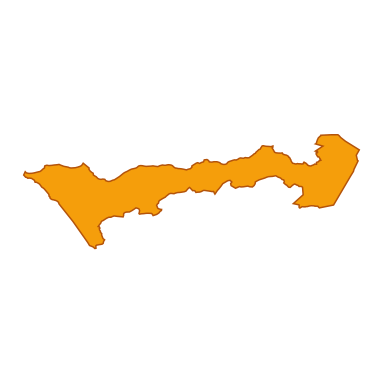 San Miguel Amatlán, Oaxaca, Mexico (Equal Earth projection), rotated 89°
{"feature_id": "50627088B29039475897325", "entity_name": "San Miguel Amatlán", "entity_type": "district", "adm_level": 2, "iso_a3": "MEX", "parent_name": "Mexico", "parent_adm1": "Oaxaca", "projection": "equal_earth", "projection_center": [-96.46, 17.2], "detail": "fine", "context": "isolated", "style": "filled", "palette": "amber", "viewbox_px": 384, "rotation_deg": 89, "n_neighbors": 0, "source": "geoboundaries", "source_scale": "gbopen_adm2", "svg_char_len": 5910}
<svg xmlns="http://www.w3.org/2000/svg" viewBox="0 0 384 384"><g transform="rotate(89 192 192)"><path d="M246.8,290.1L246.6,289.0L244.1,289.1L243.5,288.4L243.0,285.6L242.8,283.9L242.5,282.6L241.8,281.7L240.4,281.4L239.2,280.9L238.3,280.2L237.0,281.8L233.5,283.1L232.0,283.0L230.6,284.3L229.6,284.2L228.7,285.0L227.0,285.3L226.5,284.7L225.2,285.3L224.9,286.4L223.1,285.1L221.4,283.7L220.4,283.4L219.4,282.5L218.9,281.2L217.9,279.7L216.8,277.9L215.8,275.7L215.8,273.4L215.3,272.4L214.6,270.4L215.1,266.9L215.4,264.1L215.7,261.3L214.3,260.8L212.3,260.7L211.3,259.4L210.9,257.7L210.9,255.0L210.2,253.6L209.5,252.3L208.0,249.9L206.9,248.3L207.8,245.5L209.5,244.7L211.1,245.0L212.7,245.4L213.2,244.8L212.9,242.9L212.8,240.6L212.5,238.1L212.5,236.2L212.7,233.0L213.3,232.2L214.9,231.3L213.8,227.7L212.4,225.5L210.8,224.2L210.0,222.9L208.9,222.7L208.8,223.7L208.3,225.3L207.8,226.4L204.8,227.6L203.4,226.8L202.6,225.7L200.9,225.4L199.9,224.6L197.9,221.2L196.7,218.8L195.7,217.8L193.4,214.8L193.0,213.2L193.4,210.0L192.8,208.5L192.3,206.4L192.2,204.0L191.8,201.0L191.6,199.7L191.0,198.0L189.8,197.0L188.9,196.2L188.1,195.4L187.4,194.3L188.9,192.9L190.7,191.3L190.6,189.9L191.0,189.0L192.5,188.1L192.3,186.5L192.2,184.3L191.7,182.6L190.7,180.8L190.6,179.5L191.4,174.6L192.0,171.7L191.7,170.8L192.1,170.2L193.1,169.9L194.5,169.1L193.4,168.3L191.8,167.2L190.8,166.5L189.6,165.3L188.5,164.4L186.8,163.0L184.2,161.1L181.3,156.0L181.0,153.7L182.7,152.0L184.2,153.2L186.3,152.8L189.0,148.4L188.2,146.4L187.4,144.5L187.8,142.9L187.7,140.7L187.1,136.1L187.8,134.1L188.0,131.5L186.6,129.8L184.8,128.7L183.1,128.5L182.2,127.0L181.1,124.8L180.6,123.3L179.9,120.9L179.2,118.7L178.5,117.0L178.0,115.3L177.9,113.4L177.8,111.3L177.2,107.9L178.6,105.7L179.5,103.3L181.1,101.7L181.5,100.1L181.9,100.0L182.7,99.6L183.4,99.5L184.5,100.1L186.3,98.2L186.6,97.4L188.8,95.4L189.0,94.8L189.1,93.7L188.6,93.2L188.1,92.5L187.5,92.0L187.1,91.4L186.2,90.2L185.8,89.1L187.0,86.9L187.1,86.1L188.3,84.9L188.4,82.6L188.7,82.0L189.2,81.4L196.7,80.9L205.4,90.9L206.6,85.7L207.0,85.0L207.4,85.1L208.2,85.2L208.7,85.2L209.4,85.1L210.0,84.6L210.2,84.9L208.6,82.2L208.8,80.4L208.8,78.9L208.6,78.3L208.6,77.1L208.0,74.6L207.8,73.0L207.9,71.6L208.0,70.0L208.3,69.5L208.4,66.9L208.7,66.1L209.3,65.8L210.1,64.9L207.5,50.7L178.9,33.2L174.2,30.2L172.3,29.7L163.8,25.4L163.4,26.0L158.1,27.1L152.8,24.0L144.0,37.6L140.1,42.4L138.4,43.8L137.3,45.1L137.2,51.8L137.5,62.2L138.1,62.3L138.7,63.3L139.1,63.6L139.5,64.1L139.8,64.5L140.4,64.9L140.9,65.1L141.6,65.5L142.3,65.8L142.9,66.0L143.7,66.3L144.6,66.6L145.2,66.8L145.9,67.2L146.1,67.6L148.4,60.3L153.2,67.8L153.6,65.8L154.4,65.7L154.8,65.8L155.0,65.9L155.0,66.2L154.9,66.5L154.8,66.9L154.8,67.1L155.9,67.2L156.3,67.2L159.0,65.7L159.0,64.7L161.4,63.1L161.8,63.3L162.1,63.0L162.5,62.6L162.7,63.0L162.7,64.1L162.8,64.2L163.1,64.3L163.4,64.5L163.5,64.6L163.6,64.8L163.8,64.9L164.0,65.2L164.1,65.4L164.2,65.7L164.2,66.1L164.4,66.5L164.5,66.8L164.6,67.0L166.4,67.0L166.2,68.8L166.6,69.4L166.8,69.6L167.1,70.2L167.2,70.5L167.3,71.0L167.5,71.4L167.5,71.6L167.7,71.8L167.8,72.0L167.9,72.3L168.0,72.6L168.0,73.2L167.8,74.7L167.7,74.9L167.5,75.1L167.4,75.3L167.2,75.6L167.2,75.9L166.6,76.2L166.4,76.5L166.1,76.6L165.5,77.4L165.1,77.7L165.1,77.8L165.0,78.2L164.9,78.2L164.9,78.5L164.6,79.0L164.2,79.2L164.1,79.5L164.9,80.1L165.8,80.4L165.9,81.8L165.7,83.1L165.7,84.4L165.6,85.3L165.4,86.1L165.7,87.1L165.8,87.6L165.7,88.2L165.5,89.0L165.3,89.5L165.0,90.9L164.3,91.4L162.9,92.3L161.6,92.6L160.8,93.2L159.9,93.4L159.5,93.8L158.9,94.7L158.3,94.7L157.7,95.4L157.2,96.2L156.8,96.9L156.7,97.5L156.4,98.6L156.2,99.1L156.0,100.1L154.5,101.1L154.7,102.4L154.6,104.6L154.3,107.3L153.7,108.7L152.6,109.3L151.0,110.1L149.4,111.1L148.5,110.3L147.4,110.3L148.0,112.1L147.8,114.3L147.6,116.9L147.4,118.2L147.0,119.7L147.1,121.0L148.9,122.3L150.3,123.0L150.7,124.3L151.6,125.3L152.5,126.3L153.4,127.4L154.4,127.9L154.9,129.2L156.4,130.9L157.6,132.7L158.8,134.5L158.8,136.3L158.5,138.2L159.2,140.0L158.8,142.9L159.2,144.3L160.0,145.4L160.8,147.3L160.6,148.7L160.9,150.3L161.4,151.7L161.4,151.8L162.2,154.4L163.1,155.9L164.3,156.7L164.9,158.1L165.0,159.5L164.9,160.6L164.2,162.6L163.3,163.5L162.8,164.5L162.2,166.5L162.1,169.5L162.5,171.7L162.2,174.2L160.8,174.9L159.8,176.5L160.1,179.2L162.0,179.9L162.7,182.2L163.6,183.8L162.8,185.8L163.2,187.2L165.2,190.5L166.0,191.7L167.3,191.7L168.7,193.3L169.2,195.6L169.8,197.1L169.1,199.9L168.7,201.8L168.4,204.0L168.3,205.7L167.9,206.8L167.8,208.2L166.6,209.9L165.4,211.0L164.8,212.1L164.5,213.4L164.3,215.0L164.5,216.6L164.8,217.8L164.8,219.2L164.5,221.1L165.1,223.6L166.0,225.7L165.6,228.5L165.2,230.5L165.4,232.7L165.5,235.1L165.6,237.5L165.3,239.2L164.8,241.4L164.7,243.3L165.1,244.9L166.6,246.7L167.2,248.0L168.1,252.2L169.0,254.2L170.3,256.6L171.1,258.5L172.0,260.1L175.3,264.3L176.1,265.6L177.1,267.2L178.4,269.3L178.8,271.0L179.9,273.7L180.0,275.7L179.2,278.0L177.8,279.0L177.5,281.0L177.8,282.7L177.6,284.2L176.9,285.8L176.0,286.7L175.0,287.6L174.4,288.7L173.3,290.3L171.5,290.5L170.6,292.0L169.1,293.6L167.6,294.6L166.2,294.5L161.3,300.3L162.2,300.9L163.5,301.9L164.3,303.2L165.1,305.7L165.7,308.3L165.8,310.3L165.9,312.6L165.6,314.1L165.0,315.4L164.1,319.7L163.5,321.2L162.8,323.0L162.1,324.4L162.3,325.8L162.5,327.7L162.6,329.4L162.9,331.6L163.1,334.6L162.7,336.6L163.2,338.6L164.3,339.0L165.4,339.1L166.6,340.9L167.7,342.0L168.8,343.5L169.2,345.4L169.6,347.2L170.1,349.2L170.5,351.7L170.6,354.7L170.0,357.3L168.8,358.4L172.1,360.0L174.3,358.1L174.5,357.1L175.4,355.9L175.2,354.6L175.6,352.2L177.5,349.4L179.5,348.7L179.5,347.5L180.1,346.3L181.4,344.3L184.5,342.1L185.5,340.6L186.4,339.6L191.8,335.2L193.9,334.9L194.6,334.0L195.4,334.1L196.4,333.3L197.2,331.9L197.3,331.0L197.7,329.7L198.3,327.8L198.9,326.9L199.9,325.7L201.7,325.1L219.3,311.6L240.1,297.5L241.4,296.7L243.7,295.4L243.9,294.9L245.0,292.3L245.5,291.5L246.8,290.1Z" fill="#f59e0b" stroke="#b45309" stroke-width="1.5"/></g></svg>